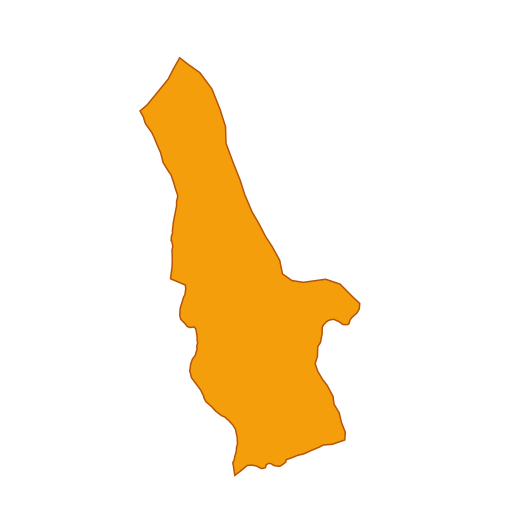 Mont Illi, Mayo-Kebbi Est, Chad (orthographic projection), rotated 257°
{"feature_id": "50815135B57632005694692", "entity_name": "Mont Illi", "entity_type": "district", "adm_level": 2, "iso_a3": "TCD", "parent_name": "Chad", "parent_adm1": "Mayo-Kebbi Est", "projection": "orthographic", "projection_center": [15.079, 9.78], "detail": "fine", "context": "isolated", "style": "filled", "palette": "amber", "viewbox_px": 512, "rotation_deg": 257, "n_neighbors": 0, "source": "geoboundaries", "source_scale": "gbopen_adm2", "svg_char_len": 3199}
<svg xmlns="http://www.w3.org/2000/svg" viewBox="0 0 512 512"><g transform="rotate(257 256 256)"><path d="M423.4,175.6L423.0,175.7L417.1,177.5L416.7,177.6L415.6,177.6L411.1,177.9L409.1,178.3L399.8,182.2L395.5,183.2L389.4,184.2L386.9,184.6L378.1,186.3L368.1,186.5L364.3,187.7L359.4,189.4L356.9,190.3L356.3,190.6L354.5,191.4L347.1,192.2L342.2,192.5L338.9,192.7L335.0,193.1L333.2,193.3L331.6,193.0L331.1,193.0L330.3,192.5L329.5,192.1L327.1,190.9L322.5,189.8L307.4,183.0L305.2,182.3L299.5,180.2L297.2,179.9L294.5,178.2L294.1,177.9L293.9,177.9L290.3,176.8L290.3,177.2L286.5,177.2L285.6,177.3L282.8,176.6L280.9,175.5L280.7,175.5L279.1,175.2L271.6,173.7L265.9,172.2L264.3,171.8L260.4,170.3L259.1,169.8L253.1,167.6L252.2,168.7L250.4,171.3L243.6,180.6L241.9,180.4L240.1,180.2L234.3,178.1L233.9,177.7L232.2,176.2L231.5,175.8L223.0,170.9L222.5,170.6L222.2,170.4L218.3,169.2L216.6,168.7L215.5,168.4L213.7,168.4L211.5,168.4L211.2,168.5L206.1,171.6L205.9,171.7L205.6,171.9L204.6,172.4L202.9,173.1L202.5,173.7L202.1,174.3L201.9,174.4L201.9,174.5L201.1,175.6L200.9,178.8L200.9,179.4L200.9,179.6L198.8,180.9L195.1,180.8L194.4,180.7L192.9,180.7L191.6,180.6L186.8,179.6L184.9,179.8L182.3,178.4L181.2,177.8L180.2,177.8L178.7,177.7L176.0,176.2L172.7,174.3L171.2,172.5L169.8,170.8L167.4,169.3L165.3,168.0L161.6,166.6L160.5,166.2L160.4,166.1L159.2,165.6L158.6,165.6L158.0,165.6L155.6,165.7L152.1,165.7L151.1,166.1L145.2,168.7L137.7,172.0L136.2,172.3L131.4,173.4L129.9,173.4L129.1,173.4L125.4,174.4L118.8,179.1L114.1,181.7L113.6,182.1L113.4,182.3L108.2,186.5L105.5,190.1L104.8,190.3L104.4,190.4L103.2,191.4L102.7,191.9L96.5,195.4L91.9,197.0L84.0,196.9L77.1,195.7L76.8,195.5L76.4,195.3L75.2,194.6L74.2,194.1L73.8,193.9L70.2,192.9L66.8,191.0L65.6,190.3L63.1,189.3L62.3,188.9L61.8,188.6L59.8,186.9L58.1,186.8L56.0,186.7L51.5,186.3L48.5,186.1L47.0,186.0L50.0,192.7L53.9,200.4L53.1,205.1L52.2,207.2L51.3,209.2L47.7,213.4L47.5,215.2L47.6,217.5L48.3,217.9L50.3,219.1L51.1,221.5L50.5,223.6L50.2,224.0L48.5,225.7L47.7,226.6L46.8,228.8L46.4,230.0L45.7,231.9L46.8,235.1L48.5,238.6L50.8,239.6L51.2,244.2L52.1,249.9L52.3,251.0L52.4,253.4L52.4,255.8L52.5,258.5L54.0,265.6L54.8,270.4L55.6,275.0L56.1,277.0L56.7,279.1L56.2,282.4L56.0,283.9L55.4,288.0L55.5,289.3L55.7,291.3L56.0,294.6L56.8,301.1L63.8,303.3L64.1,303.4L65.4,303.2L74.6,301.8L79.6,301.8L84.5,301.8L94.3,298.6L95.4,298.8L101.7,299.5L102.6,299.2L108.8,297.6L114.0,296.2L117.3,294.7L120.6,293.1L128.0,290.8L129.9,290.2L131.0,290.1L137.9,289.4L142.2,292.0L144.4,293.3L145.9,293.7L153.8,295.8L155.5,297.6L157.2,299.3L163.7,302.2L165.2,302.9L167.3,303.4L171.7,304.6L173.4,306.0L175.9,309.5L176.5,311.1L177.0,312.9L177.0,313.5L177.1,314.8L176.9,316.1L176.8,317.6L174.8,320.2L173.4,322.1L169.7,325.3L169.2,326.9L168.6,329.4L168.9,331.1L170.0,331.8L172.5,333.3L174.5,335.6L177.6,341.3L181.2,344.7L186.4,346.4L196.2,339.9L209.7,331.6L217.7,318.6L219.7,296.2L224.0,285.5L232.5,277.8L246.5,278.1L262.0,273.7L272.8,269.7L285.8,266.4L300.2,262.0L318.6,258.8L333.4,257.6L352.5,254.7L372.5,252.1L388.8,255.4L406.6,254.0L428.8,250.6L447.3,242.5L457.5,233.4L466.3,226.2L457.1,217.8L448.1,210.2L438.2,197.5L427.6,183.7L423.4,175.6Z" fill="#f59e0b" stroke="#b45309" stroke-width="1.5"/></g></svg>